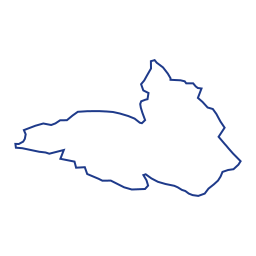 Stepanavan, Lori, Armenia
{"feature_id": "60910142B48694121515271", "entity_name": "Stepanavan", "entity_type": "district", "adm_level": 2, "iso_a3": "ARM", "parent_name": "Armenia", "parent_adm1": "Lori", "projection": "equal_earth", "projection_center": [44.342, 41.021], "detail": "fine", "context": "isolated", "style": "outline", "palette": "blue", "viewbox_px": 256, "rotation_deg": 0, "n_neighbors": 0, "source": "geoboundaries", "source_scale": "gbopen_adm2", "svg_char_len": 1358}
<svg xmlns="http://www.w3.org/2000/svg" viewBox="0 0 256 256"><path d="M145.0,189.0L148.1,185.6L146.5,180.3L143.4,175.1L145.7,174.3L151.4,178.4L157.9,181.8L165.5,184.0L174.3,185.8L177.7,187.3L181.9,189.9L185.3,191.0L188.8,193.6L192.6,195.1L198.3,195.9L204.7,193.6L208.5,188.6L213.8,184.4L218.0,180.6L220.6,176.5L222.5,171.9L228.1,170.0L233.5,169.2L238.4,164.7L240.6,161.2L233.0,153.5L228.6,148.5L226.1,145.5L225.0,144.3L218.6,136.8L224.6,127.7L220.5,121.6L218.8,118.5L216.4,114.0L212.8,109.0L207.6,107.5L202.5,101.9L197.9,97.9L201.5,88.5L197.8,88.0L195.7,86.4L193.1,83.3L186.2,83.3L184.7,81.3L180.5,80.3L170.5,79.8L170.5,78.2L167.8,73.6L163.0,67.4L156.7,62.7L154.6,60.1L150.9,61.2L151.0,68.5L146.8,75.8L144.2,80.5L141.1,84.2L143.3,90.4L148.5,93.0L147.5,99.2L145.4,99.7L141.2,101.3L140.2,104.0L140.8,107.6L142.4,112.8L145.1,120.1L141.9,123.2L139.8,122.7L134.6,118.6L128.2,116.0L119.8,113.5L113.0,112.0L106.7,111.5L98.8,111.1L87.3,111.2L77.8,111.8L72.6,115.5L66.9,120.2L60.1,120.3L55.4,123.4L51.2,125.0L43.3,123.5L35.5,125.7L23.9,130.1L24.7,132.0L25.7,134.3L24.8,138.9L23.2,141.6L18.8,144.0L15.4,143.9L15.9,147.7L22.2,148.2L39.4,151.8L40.6,151.9L45.6,152.5L49.3,153.7L63.8,150.0L60.4,158.8L74.5,161.6L76.1,167.7L84.8,167.2L87.2,174.0L98.6,178.8L102.4,180.7L110.8,180.6L124.1,187.3L131.8,189.5L145.0,189.0Z" fill="none" stroke="#1e3a8a" stroke-width="2"/></svg>